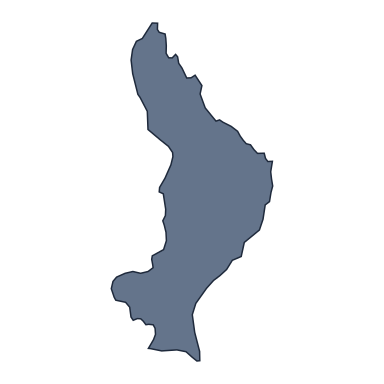 the district of Mbrès, Nana-Grébizi, Central African Republic
{"feature_id": "33826404B55944816658840", "entity_name": "Mbrès", "entity_type": "district", "adm_level": 2, "iso_a3": "CAF", "parent_name": "Central African Republic", "parent_adm1": "Nana-Grébizi", "projection": "robinson", "projection_center": [19.821, 6.988], "detail": "fine", "context": "isolated", "style": "filled", "palette": "slate", "viewbox_px": 384, "rotation_deg": 0, "n_neighbors": 0, "source": "geoboundaries", "source_scale": "gbopen_adm2", "svg_char_len": 1497}
<svg xmlns="http://www.w3.org/2000/svg" viewBox="0 0 384 384"><path d="M152.2,23.0L142.3,38.5L136.4,41.3L132.6,49.5L131.1,60.0L132.7,73.7L137.9,94.4L140.1,97.5L147.3,111.3L148.0,129.5L160.7,140.2L168.4,146.3L172.6,152.5L172.9,156.7L170.9,164.9L165.0,178.2L162.6,182.3L159.6,187.4L159.2,191.9L163.3,193.8L165.7,209.3L165.4,215.6L162.8,220.8L164.3,225.3L166.0,232.3L166.4,240.7L163.6,249.6L152.3,255.8L151.7,259.3L152.7,264.7L153.1,267.7L148.1,271.5L140.6,273.3L132.9,271.5L125.1,273.3L116.6,277.1L113.0,281.4L111.3,288.7L114.2,297.3L115.8,300.2L125.6,302.3L129.7,307.2L131.0,317.0L133.2,320.3L137.3,318.6L140.7,318.8L143.2,321.1L145.9,324.7L148.7,324.3L153.2,324.8L155.1,328.4L155.5,334.4L153.5,339.7L148.4,348.4L150.4,348.6L161.7,350.9L176.9,349.9L186.0,351.7L192.3,357.3L196.9,361.0L199.8,360.7L199.6,351.4L194.7,332.4L192.3,314.7L195.8,303.4L206.6,288.2L213.6,280.4L219.8,275.7L226.6,269.5L232.3,260.3L241.2,256.5L244.3,242.4L259.4,230.0L263.0,219.3L265.2,204.9L269.5,201.6L271.0,192.4L272.7,186.0L271.5,178.8L270.7,171.8L272.4,161.3L267.8,161.5L265.5,158.4L264.2,153.2L257.5,153.4L253.9,149.6L250.5,144.8L246.2,143.7L243.3,140.4L240.2,136.1L237.6,131.3L231.2,126.4L222.9,122.2L219.6,119.9L216.0,121.1L213.0,117.5L205.2,107.9L200.1,94.0L201.9,85.6L195.1,75.2L191.1,77.8L186.7,78.0L182.0,68.1L178.7,63.3L177.6,56.8L175.6,54.4L172.2,57.9L168.7,57.8L166.1,53.3L166.3,45.9L165.8,38.4L165.1,34.0L159.2,32.3L157.4,29.5L157.6,23.2L152.2,23.0Z" fill="#64748b" stroke="#1e293b" stroke-width="1.5"/></svg>